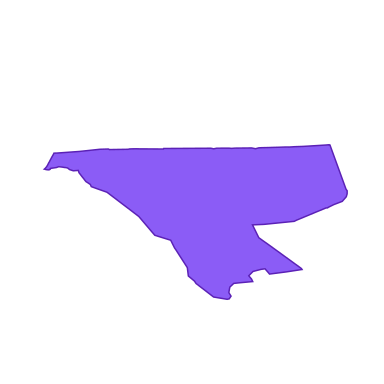 Vangaži, Incukalna, Latvia (Natural Earth projection), rotated 200°
{"feature_id": "27541924B71399173551608", "entity_name": "Vangaži", "entity_type": "district", "adm_level": 2, "iso_a3": "LVA", "parent_name": "Latvia", "parent_adm1": "Incukalna", "projection": "natural_earth1", "projection_center": [24.537, 57.092], "detail": "fine", "context": "isolated", "style": "filled", "palette": "violet", "viewbox_px": 384, "rotation_deg": 200, "n_neighbors": 0, "source": "geoboundaries", "source_scale": "gbopen_adm2", "svg_char_len": 1967}
<svg xmlns="http://www.w3.org/2000/svg" viewBox="0 0 384 384"><g transform="rotate(200 192 192)"><path d="M62.1,156.8L63.0,157.5L101.0,168.4L108.3,170.4L113.6,171.9L123.9,181.8L113.3,186.2L85.9,199.4L84.1,201.3L60.7,222.8L59.1,223.5L59.0,223.9L54.3,228.8L51.5,231.2L47.6,234.6L45.4,240.3L45.6,243.3L46.6,246.2L48.3,247.4L63.4,265.4L78.4,283.3L79.1,283.0L79.3,283.3L82.8,281.7L95.2,276.3L103.3,272.8L111.0,269.7L113.7,268.5L115.8,267.6L119.4,266.3L121.4,265.5L125.6,263.8L128.4,262.7L132.2,261.2L134.9,260.1L138.5,258.7L141.6,257.5L144.2,256.4L144.4,256.3L147.1,254.4L151.0,253.8L166.7,247.9L169.8,246.5L172.1,245.9L183.8,241.6L186.4,240.0L189.2,239.6L233.5,223.2L233.6,222.6L253.5,215.5L255.4,214.8L259.3,213.5L263.7,211.8L265.6,211.0L266.6,210.3L284.2,203.6L285.1,203.8L285.5,203.7L293.3,200.6L304.7,195.0L311.9,191.5L332.0,182.5L335.0,181.3L335.0,180.7L335.7,176.6L336.3,172.2L336.4,171.2L336.6,170.5L336.7,169.6L336.9,167.8L337.3,166.0L337.8,164.6L338.1,163.9L338.6,163.0L337.6,163.1L336.9,163.1L336.0,163.3L334.8,163.6L334.0,163.9L333.5,164.3L333.2,164.7L333.0,165.0L333.2,165.4L333.0,165.8L329.3,167.8L327.8,168.6L325.9,170.2L325.7,170.2L325.5,170.3L322.1,171.1L320.2,171.4L319.7,171.6L317.5,172.0L316.7,171.9L316.4,171.8L314.8,171.2L311.3,171.3L310.6,171.4L309.3,172.0L308.9,172.2L307.5,172.8L306.3,173.4L305.7,172.7L304.8,171.5L303.9,170.9L303.7,170.8L302.9,170.3L300.4,168.7L298.2,167.4L297.2,166.7L295.2,165.5L293.8,165.2L290.1,164.3L288.5,162.6L283.0,162.6L271.8,162.7L240.6,153.0L239.7,152.7L233.6,150.8L215.7,140.6L212.1,138.6L195.5,139.4L189.3,133.5L187.3,132.1L170.5,119.3L166.7,111.8L159.2,109.1L156.9,107.4L135.8,100.7L122.3,103.2L120.5,104.3L119.7,107.5L122.3,109.5L123.0,110.2L123.8,114.8L123.9,115.6L121.8,119.8L121.5,120.4L116.8,122.7L104.3,128.6L106.2,130.5L110.0,132.7L107.5,138.2L100.7,142.9L97.1,144.8L96.4,144.4L93.7,142.9L93.1,142.6L91.1,141.4L76.2,149.1L62.5,156.6L62.1,156.8Z" fill="#8b5cf6" stroke="#5b21b6" stroke-width="1.5"/></g></svg>